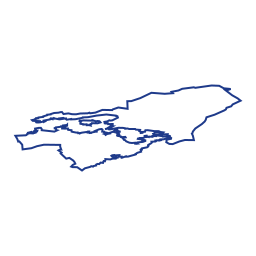 outline of Skodje nor, Møre og Romsdal, Norway
{"feature_id": "86288312B6850280746884", "entity_name": "Skodje nor", "entity_type": "district", "adm_level": 2, "iso_a3": "NOR", "parent_name": "Norway", "parent_adm1": "Møre og Romsdal", "projection": "robinson", "projection_center": [6.603, 62.504], "detail": "fine", "context": "isolated", "style": "outline", "palette": "blue", "viewbox_px": 256, "rotation_deg": 0, "n_neighbors": 0, "source": "geoboundaries", "source_scale": "gbopen_adm2", "svg_char_len": 5879}
<svg xmlns="http://www.w3.org/2000/svg" viewBox="0 0 256 256"><path d="M230.7,89.0L223.8,88.3L219.2,85.8L211.6,85.5L195.3,87.8L193.8,87.3L182.2,88.8L178.4,90.5L171.6,91.8L172.8,93.2L164.7,93.8L151.4,92.8L140.3,98.1L131.3,101.1L127.3,101.2L127.6,108.8L118.3,107.5L112.8,109.4L112.2,110.1L102.4,109.9L95.4,112.6L90.1,113.3L89.5,112.7L87.6,113.3L80.3,113.5L76.0,114.3L72.0,114.2L68.4,113.4L63.5,114.0L61.5,111.5L61.6,111.9L58.4,112.7L54.1,113.0L50.6,114.1L50.6,114.4L47.2,114.7L47.2,115.2L43.2,116.4L43.2,116.9L38.3,117.5L38.0,118.1L37.2,118.1L37.5,118.4L36.3,118.5L36.3,118.8L35.2,119.0L35.2,119.4L32.0,120.1L32.7,120.8L40.9,121.2L36.0,122.0L36.3,122.4L38.3,122.5L40.1,122.2L39.7,121.7L40.6,121.9L40.6,122.2L44.1,121.4L44.1,121.8L46.4,120.7L43.8,120.9L43.7,120.6L50.1,119.4L50.3,118.9L51.2,119.0L51.2,118.6L52.4,119.1L52.4,118.5L53.5,118.7L53.5,118.4L54.1,118.4L53.5,118.2L53.8,118.0L54.8,118.5L58.5,119.2L58.5,118.6L57.9,118.6L63.4,117.9L64.0,118.2L59.1,118.8L60.0,119.3L66.9,118.3L65.5,118.8L66.7,119.7L71.1,119.0L71.1,119.4L75.7,119.2L82.9,117.7L82.9,117.4L87.9,117.2L96.5,115.6L106.4,114.5L115.8,115.6L115.8,115.9L117.4,116.2L117.9,117.6L112.2,120.4L110.2,120.6L109.3,120.3L107.3,121.4L104.4,121.9L104.7,123.3L105.4,123.5L108.0,123.4L108.1,124.1L112.7,124.0L112.7,124.9L111.1,125.2L110.7,125.6L110.9,126.1L110.4,126.4L112.7,126.4L111.2,127.3L105.0,129.1L108.2,128.6L109.0,129.4L110.7,129.3L118.4,127.8L123.0,127.9L125.3,128.3L125.3,128.7L127.6,128.5L129.1,129.0L135.2,129.0L135.8,129.6L139.9,129.9L139.3,131.0L141.2,131.8L141.2,132.1L140.6,132.2L140.7,133.0L142.6,132.8L142.7,132.5L141.5,132.3L141.8,132.0L145.0,131.7L145.2,130.5L144.6,130.3L147.8,130.2L154.3,131.1L158.4,131.1L159.3,131.4L159.3,131.8L163.4,132.4L163.1,132.7L154.7,132.6L154.0,133.5L154.2,134.0L153.3,134.0L153.6,134.7L157.7,135.0L161.3,134.4L167.7,134.2L167.4,135.4L170.6,136.2L169.3,136.5L170.2,137.1L170.3,137.7L171.1,138.3L171.0,138.8L166.5,139.7L166.5,141.3L166.1,141.9L165.6,141.8L169.3,143.9L172.7,144.1L179.5,141.4L184.9,140.0L193.9,140.1L192.9,135.8L191.9,133.6L192.4,133.2L192.9,131.5L195.3,128.5L201.8,124.1L204.7,121.5L205.7,119.9L206.5,117.3L214.6,114.7L224.3,110.4L225.9,109.4L226.5,107.8L231.2,106.3L232.7,104.4L240.6,100.7L237.7,98.4L232.2,95.3L225.4,90.1L228.2,89.9L230.7,89.0ZM82.0,170.5L84.9,168.3L90.1,166.9L91.2,166.2L93.0,166.6L93.3,166.1L96.1,165.5L96.0,164.9L96.4,164.4L97.8,163.9L99.2,164.1L100.6,162.6L103.0,162.9L103.3,161.6L104.0,161.4L104.0,161.1L104.9,161.2L104.9,160.7L105.7,160.3L105.1,160.3L105.8,159.6L105.6,159.1L110.3,159.4L112.7,158.6L115.6,158.6L115.6,158.2L117.0,157.8L116.6,157.5L116.4,156.6L115.5,156.6L115.5,157.1L113.2,157.2L112.9,156.5L112.0,156.5L111.4,155.8L112.2,155.3L114.5,155.0L116.3,155.7L116.6,155.3L119.5,155.1L119.4,156.4L119.0,156.7L121.6,156.7L121.4,157.5L120.8,157.6L121.7,157.8L125.7,156.4L125.7,156.7L128.0,156.6L135.2,154.6L135.2,154.3L136.0,154.2L136.0,153.7L137.4,152.8L141.1,151.7L140.7,150.1L141.9,149.7L141.8,149.0L141.3,149.0L141.8,148.4L147.1,147.3L148.2,146.5L148.5,145.8L148.0,145.3L148.1,145.0L151.1,143.3L151.8,142.6L151.5,141.7L155.6,141.5L156.4,140.9L155.9,140.4L156.9,140.2L159.1,140.6L160.0,140.4L159.2,139.9L160.1,139.4L163.7,139.3L170.1,137.3L168.4,136.2L162.8,136.6L162.5,136.2L157.6,135.5L156.7,135.6L156.4,136.1L151.4,136.0L152.9,136.5L152.7,136.8L149.2,136.6L148.9,137.1L146.5,136.1L146.5,135.7L145.0,135.9L145.4,136.5L146.8,136.4L146.8,137.0L144.2,137.2L143.7,137.9L140.5,138.0L141.1,138.7L137.9,138.6L137.8,138.9L142.0,139.5L142.1,140.1L143.5,140.0L143.5,140.4L144.4,140.2L144.4,140.7L145.3,140.6L145.3,141.0L142.8,141.9L137.6,142.4L137.6,143.0L136.1,143.0L136.2,143.3L137.0,143.7L136.2,143.8L135.0,143.6L135.0,143.2L135.7,143.2L135.5,142.7L132.0,143.0L129.4,142.7L126.1,141.3L125.2,140.2L124.0,139.9L122.9,138.3L122.8,137.9L125.6,137.4L125.3,136.9L122.4,137.1L122.4,137.7L121.0,137.1L121.1,136.6L120.8,136.4L117.3,135.8L117.1,135.6L117.3,135.0L118.5,134.8L118.1,134.4L119.1,134.0L118.9,133.7L117.8,133.9L117.8,133.5L117.2,133.5L117.1,132.8L116.7,132.7L120.6,131.5L118.1,131.5L117.4,131.2L117.8,130.9L117.5,130.8L115.8,131.0L117.1,130.7L117.4,129.9L117.2,129.4L116.1,129.4L114.2,130.8L115.5,130.9L110.1,132.7L110.2,133.4L107.1,134.0L105.6,134.9L105.2,134.2L104.3,133.9L106.7,132.7L104.0,132.1L104.0,131.7L102.2,131.6L102.5,129.6L101.7,129.0L99.1,129.3L95.7,130.7L96.8,131.2L96.7,131.7L94.6,131.4L94.6,131.9L91.2,132.5L91.2,132.9L88.6,133.1L89.7,132.8L89.4,132.2L88.3,132.4L88.8,131.5L87.3,131.5L87.9,131.8L81.6,132.7L80.1,133.3L80.1,133.0L78.1,133.2L77.8,132.5L76.3,132.6L72.2,131.8L71.6,131.6L71.5,130.2L68.6,129.9L68.5,129.6L68.0,129.6L67.9,128.5L65.6,128.6L65.5,128.0L64.7,128.2L64.7,128.6L62.1,128.5L62.2,127.9L63.7,127.4L63.7,126.7L67.1,125.7L67.1,124.7L66.8,125.0L62.7,125.5L62.2,126.4L61.3,126.4L61.4,126.7L55.9,127.4L55.9,127.7L53.9,128.3L55.9,128.6L56.2,130.0L57.2,130.3L54.4,131.6L41.7,130.2L41.7,129.0L40.9,127.9L38.6,127.9L35.1,128.6L35.2,129.0L36.0,128.9L35.9,129.3L33.7,131.5L37.3,130.8L37.1,131.4L35.6,131.9L35.7,132.3L34.8,132.3L34.8,132.7L33.9,132.7L34.0,133.0L32.8,133.1L32.8,133.4L30.8,133.3L31.2,132.4L32.1,131.7L28.7,132.6L28.7,133.2L27.8,133.0L27.6,134.1L27.0,134.1L26.5,135.0L25.7,135.3L15.4,135.8L17.3,139.0L18.2,141.6L19.3,141.4L22.2,144.7L22.6,149.4L31.4,148.2L37.0,146.2L44.0,144.7L60.2,144.9L60.2,146.7L61.2,149.5L60.5,149.4L58.5,150.4L61.6,152.6L60.7,153.5L66.2,158.6L69.4,157.9L73.2,160.5L74.4,161.9L75.3,163.7L72.8,164.9L71.2,166.6L72.5,167.1L77.2,167.2L82.0,170.5ZM80.8,120.6L79.7,120.6L79.5,121.1L80.8,122.0L80.3,123.2L80.4,123.8L83.4,124.2L83.4,124.6L86.6,124.3L86.7,125.2L89.0,125.1L90.5,125.5L90.1,124.6L90.7,124.6L90.7,124.2L90.1,124.1L91.5,124.0L91.8,123.2L97.6,123.3L100.5,122.4L99.9,121.7L99.3,121.8L99.2,121.2L97.5,121.0L95.5,121.4L94.8,120.8L92.5,120.7L92.5,120.3L93.6,120.1L91.9,120.2L91.3,120.6L83.2,120.4L80.8,120.9L80.8,120.6Z" fill="none" stroke="#1e3a8a" stroke-width="2"/></svg>